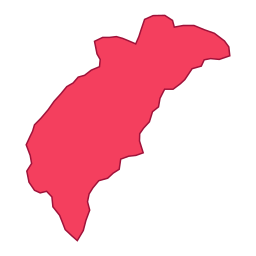 outline of Bom Jesus, Paraíba, Brazil
{"feature_id": "56859067B58755230690339", "entity_name": "Bom Jesus", "entity_type": "district", "adm_level": 2, "iso_a3": "BRA", "parent_name": "Brazil", "parent_adm1": "Paraíba", "projection": "natural_earth1", "projection_center": [-38.629, -6.83], "detail": "fine", "context": "isolated", "style": "filled", "palette": "rose", "viewbox_px": 256, "rotation_deg": 0, "n_neighbors": 0, "source": "geoboundaries", "source_scale": "gbopen_adm2", "svg_char_len": 1038}
<svg xmlns="http://www.w3.org/2000/svg" viewBox="0 0 256 256"><path d="M26.8,171.1L29.0,182.2L34.5,190.3L40.2,192.9L46.6,191.3L51.9,196.9L52.9,206.8L59.6,215.3L62.4,222.3L65.2,229.6L71.9,235.9L77.3,240.6L83.3,230.5L85.9,220.4L89.7,210.1L87.5,201.7L89.1,193.9L92.9,187.8L98.8,180.7L107.7,178.2L113.2,173.1L119.2,169.3L120.7,159.1L128.7,156.2L135.9,155.4L143.2,152.8L139.5,141.0L139.7,133.7L143.6,128.1L149.4,121.8L152.5,111.7L158.5,106.9L160.0,98.3L164.6,89.2L173.1,89.2L180.4,83.7L184.8,79.6L192.1,68.7L201.3,66.1L204.2,59.8L210.5,58.6L219.3,59.4L229.8,55.8L228.8,46.9L224.5,41.0L214.4,33.3L204.2,29.7L194.0,25.5L183.2,25.5L174.3,27.1L172.5,20.4L164.8,15.4L153.1,15.6L144.6,19.4L141.0,30.0L138.9,36.6L135.7,43.9L129.0,41.0L122.7,38.4L116.4,36.6L109.6,37.4L102.7,37.4L94.5,41.3L97.0,53.9L100.2,59.5L99.5,66.7L91.3,70.1L84.6,75.3L78.2,77.1L73.1,83.0L66.8,86.6L60.8,93.9L54.1,101.3L48.1,109.8L40.9,118.3L34.5,124.8L32.6,131.2L29.8,137.0L26.2,144.8L30.2,155.4L31.6,163.5L26.8,171.1Z" fill="#f43f5e" stroke="#9f1239" stroke-width="1.5"/></svg>